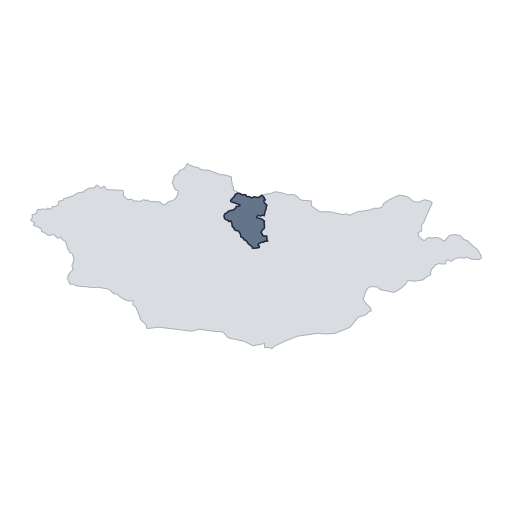 where Bulgan sits in Mongolia
{"feature_id": "MNG-3323", "entity_name": "Bulgan", "entity_type": "Province", "adm_level": 1, "iso_a3": "MNG", "parent_name": "Mongolia", "parent_adm1": "", "projection": "robinson", "projection_center": [103.32, 48.825], "detail": "fine", "context": "in_parent", "style": "filled", "palette": "slate", "viewbox_px": 512, "rotation_deg": 0, "n_neighbors": 0, "source": "natural_earth", "source_scale": "10m", "svg_char_len": 7173}
<svg xmlns="http://www.w3.org/2000/svg" viewBox="0 0 512 512"><path d="M32.1,214.7L33.8,214.7L36.4,213.0L36.9,210.8L37.7,209.6L43.9,209.0L46.6,209.7L47.2,208.3L47.7,208.1L49.1,209.2L50.5,208.7L51.5,208.2L52.5,206.5L54.6,206.8L58.3,204.9L58.4,201.7L59.9,200.9L63.1,200.2L63.6,198.8L64.3,198.4L66.7,198.0L70.9,196.3L72.8,196.1L74.4,194.7L78.1,192.8L83.6,191.9L84.1,191.0L89.2,188.0L94.6,187.9L96.2,185.3L97.0,185.1L100.5,188.1L102.1,187.7L102.7,186.6L104.9,186.6L105.7,188.7L107.0,189.6L122.7,190.4L123.2,191.2L123.8,196.1L126.6,198.5L127.2,199.6L131.6,199.2L134.0,201.1L137.8,201.0L139.7,201.5L143.4,199.8L144.3,199.7L145.4,200.7L147.2,200.0L150.6,201.7L153.3,201.4L154.5,202.1L156.1,201.5L159.9,202.0L162.9,204.7L165.0,204.5L167.5,202.7L168.2,201.5L171.9,200.9L174.0,199.7L175.4,198.6L177.6,194.8L178.1,190.8L176.3,190.2L174.7,188.9L173.9,186.7L173.8,185.2L172.1,183.0L172.3,181.8L173.4,179.9L174.0,176.7L175.3,175.0L177.8,174.0L178.1,172.8L179.7,170.4L183.7,168.9L186.0,166.2L187.3,163.5L189.2,164.9L194.2,166.8L198.4,167.7L201.1,169.7L208.6,170.2L221.0,174.9L223.6,174.7L230.9,176.6L231.5,177.3L231.4,180.9L232.0,181.9L232.3,185.7L233.7,187.6L233.3,189.9L233.9,190.6L235.7,190.9L238.7,193.3L245.3,195.0L247.2,196.5L251.8,197.6L254.1,196.9L257.9,197.3L259.3,197.0L261.7,195.2L263.2,194.7L271.9,193.2L274.2,192.0L275.8,191.8L282.6,193.0L287.4,194.7L294.2,194.6L297.4,196.6L298.8,198.5L301.5,200.2L311.0,200.9L311.4,201.3L311.3,205.4L311.8,206.1L318.0,210.6L320.9,211.9L329.5,211.7L343.0,214.6L346.1,213.7L349.0,215.1L350.1,215.0L358.6,211.3L359.9,211.5L368.9,210.1L374.6,208.2L378.9,208.3L382.3,206.7L383.6,203.5L389.1,199.8L398.8,195.2L404.9,195.9L408.7,197.6L412.6,200.9L414.8,201.8L418.8,202.1L424.4,199.8L427.5,200.4L430.3,201.4L432.2,203.1L424.4,220.4L424.3,221.4L421.7,225.0L421.6,230.8L418.1,232.8L418.7,236.1L419.6,237.3L423.8,240.6L425.1,240.2L426.2,238.8L428.3,237.6L432.2,238.0L435.7,237.4L440.1,238.5L444.2,241.2L449.6,235.3L454.9,234.6L459.9,235.4L463.8,239.4L468.5,241.2L469.8,243.5L471.7,244.4L472.3,245.5L478.1,250.1L479.4,253.1L481.1,255.2L481.3,257.4L481.0,258.5L478.8,259.6L471.1,259.1L466.4,256.9L464.8,258.1L458.9,257.7L455.6,258.6L453.4,259.4L452.2,260.8L451.2,261.2L450.2,261.1L448.3,259.9L446.8,260.0L446.4,260.3L445.6,263.9L440.6,263.9L438.9,263.5L434.8,265.2L434.2,266.6L432.1,268.6L430.3,272.3L430.8,273.9L430.3,274.9L426.6,276.9L423.2,279.8L415.9,281.0L412.5,281.2L409.9,280.5L407.4,281.0L405.5,284.3L400.9,288.4L394.1,292.4L381.4,289.9L379.8,289.3L377.1,286.8L369.7,286.7L367.7,288.4L366.0,291.0L363.1,299.1L366.2,303.8L369.7,306.8L371.1,309.0L371.2,310.8L368.9,311.7L365.8,314.7L358.1,317.4L349.7,327.5L334.6,333.5L325.1,333.9L317.6,333.3L297.4,336.2L284.4,341.4L274.7,346.0L272.6,348.2L271.6,348.5L269.8,347.7L264.6,347.4L264.5,343.5L253.1,345.7L243.9,341.2L230.6,338.5L227.9,337.5L223.4,332.4L221.1,331.7L215.2,331.5L199.2,329.2L191.7,331.2L159.1,327.2L147.3,328.5L146.8,328.0L146.1,324.8L140.7,319.8L140.0,318.6L139.8,316.7L135.6,306.5L132.8,305.0L133.3,300.7L129.0,301.1L124.2,299.4L119.4,296.4L117.1,294.2L113.7,293.7L109.5,289.6L107.6,288.9L97.3,287.2L92.0,287.7L86.5,286.7L80.1,286.5L78.1,285.7L76.3,285.8L72.7,284.0L70.2,284.4L67.5,278.6L68.4,275.0L69.8,272.9L72.9,269.7L72.9,268.4L71.9,265.5L73.9,260.3L73.5,257.1L72.1,253.5L69.9,252.6L67.2,247.7L66.4,243.8L65.3,241.2L62.2,239.6L61.3,237.3L60.3,237.1L59.6,237.9L57.7,238.2L55.9,236.7L54.9,235.1L53.8,234.6L51.7,234.7L49.8,235.5L47.7,235.1L46.0,233.6L41.4,231.3L41.4,229.5L40.8,228.4L39.4,228.0L38.1,226.8L33.6,225.4L33.5,224.5L34.9,222.7L31.8,221.2L30.7,219.6L32.7,217.5L32.0,216.1L32.1,214.7Z" fill="#d9dde1" stroke="#a8b0b8" stroke-width="1"/><path d="M237.8,193.1L239.8,193.5L241.5,194.5L242.0,194.7L242.7,194.9L244.8,194.6L245.8,194.9L246.3,195.8L246.5,196.3L246.8,196.6L247.3,196.7L248.6,196.6L249.1,196.7L249.6,196.8L250.4,197.3L251.3,197.7L252.2,197.7L253.9,196.8L254.7,196.8L256.5,197.4L257.4,197.5L258.5,197.4L259.6,197.0L260.2,196.4L260.5,196.0L261.3,195.6L261.6,195.3L263.0,196.2L264.0,197.4L264.2,197.7L264.4,198.2L264.5,198.5L264.5,199.1L265.4,199.8L265.3,200.0L265.1,200.1L264.9,200.2L264.6,200.2L264.0,200.3L263.9,201.2L264.0,201.8L264.1,202.2L264.2,202.5L264.8,203.1L266.3,204.5L266.7,204.9L267.0,205.5L266.2,206.2L266.2,208.0L266.1,208.6L266.1,209.0L265.8,209.9L265.4,210.5L265.1,211.1L264.9,212.3L264.6,213.5L264.4,214.8L264.1,215.7L263.4,215.4L263.1,215.3L262.5,215.2L262.1,215.3L261.8,215.4L261.6,215.4L260.8,216.1L258.8,215.6L258.3,215.4L257.7,215.9L256.9,216.8L256.9,217.8L259.5,218.4L260.3,218.5L261.1,218.8L261.6,219.1L262.2,219.3L262.8,219.8L263.4,220.3L263.9,220.8L264.5,221.2L264.4,221.4L264.3,221.6L264.1,221.8L264.0,222.2L264.2,223.4L264.3,224.1L264.4,225.7L264.5,227.0L264.4,227.8L264.1,228.5L264.0,228.8L263.9,228.9L263.1,229.4L262.5,229.9L262.0,230.6L261.7,231.5L261.5,231.8L261.0,232.6L261.6,233.2L262.3,234.0L262.4,234.4L262.5,235.3L263.1,235.6L263.9,235.9L264.7,236.0L266.2,236.1L266.3,236.0L266.6,236.0L266.8,236.1L266.9,236.3L266.9,236.7L266.6,237.0L266.7,237.8L266.8,238.3L267.3,240.3L267.6,241.1L266.2,241.2L264.4,241.2L264.2,241.6L263.8,242.2L262.7,242.2L262.0,242.2L261.6,242.3L261.0,242.5L259.2,243.5L258.6,244.0L258.0,244.5L258.2,245.1L258.3,245.4L258.5,245.6L258.9,245.8L259.3,246.2L259.4,246.4L259.5,246.7L259.4,246.9L259.1,247.5L258.0,247.7L256.3,248.1L255.1,248.2L254.8,248.2L254.3,248.1L254.0,248.1L253.5,248.1L252.5,248.3L252.4,247.6L252.2,246.8L251.3,246.0L250.7,245.6L249.8,244.9L249.2,244.5L248.6,244.0L248.1,243.5L247.8,243.1L247.3,242.4L247.0,241.8L246.6,241.2L245.9,240.4L245.5,240.2L245.2,240.1L244.9,240.0L244.2,240.0L243.9,239.5L243.4,238.7L243.3,238.4L243.2,237.9L242.4,237.6L241.4,237.2L241.2,237.0L240.9,236.8L240.8,236.7L240.8,236.4L240.6,235.1L240.4,234.2L240.3,233.8L239.9,233.1L239.5,232.6L239.2,232.1L238.5,231.3L237.8,230.7L237.0,230.6L236.3,230.6L236.0,230.6L235.7,230.5L234.8,229.9L234.6,229.7L234.2,229.3L234.0,228.3L233.8,227.9L233.5,227.5L232.8,227.1L232.6,226.9L232.4,226.7L232.2,226.4L232.1,226.0L232.2,225.5L232.2,225.3L231.8,223.2L231.3,221.7L230.9,220.9L230.3,221.1L229.7,221.5L229.3,221.6L229.0,221.6L228.7,221.5L228.5,221.3L228.4,221.1L228.2,220.8L228.1,220.5L227.7,220.2L227.4,220.0L226.9,219.9L226.4,219.9L225.7,219.5L225.4,219.3L225.1,219.0L224.6,218.5L224.4,218.2L224.3,217.6L224.3,217.4L224.0,216.3L224.0,215.8L224.0,215.5L224.1,215.3L224.6,214.2L224.8,213.9L225.3,213.4L225.9,213.4L226.1,213.3L226.4,213.1L226.8,212.8L227.0,212.6L227.1,212.3L227.7,211.9L228.3,211.4L228.5,211.2L228.8,211.0L229.7,210.7L230.7,210.5L231.3,210.3L231.9,210.3L233.0,210.0L233.7,209.7L233.9,209.6L234.5,209.1L235.1,208.6L235.3,208.4L235.7,207.8L236.1,206.7L236.4,206.4L236.6,206.3L236.9,206.2L237.2,206.3L238.0,206.4L238.3,206.4L238.9,206.1L240.0,205.4L239.6,204.9L239.2,204.6L238.0,204.1L236.9,203.7L235.9,203.4L234.1,202.7L233.0,202.4L231.9,202.0L231.1,201.6L230.9,201.5L230.8,201.3L230.7,201.2L230.6,200.9L230.6,200.6L230.8,200.3L231.0,199.9L231.6,199.4L232.2,198.7L232.3,198.5L232.7,198.1L233.0,197.8L233.3,197.6L233.6,197.3L234.1,196.9L234.5,196.2L234.6,195.5L234.7,195.3L234.9,195.0L235.0,194.8L235.5,194.3L236.2,193.9L237.0,193.5L237.8,193.1L237.8,193.1Z" fill="#64748b" stroke="#1e293b" stroke-width="1.5"/></svg>